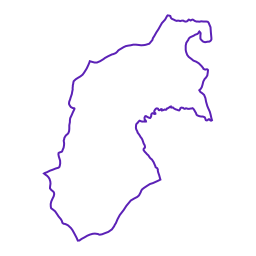 La Victoria, Boyacá, Colombia (orthographic projection)
{"feature_id": "7082276B50936254037238", "entity_name": "La Victoria", "entity_type": "district", "adm_level": 2, "iso_a3": "COL", "parent_name": "Colombia", "parent_adm1": "Boyacá", "projection": "orthographic", "projection_center": [-74.222, 5.516], "detail": "fine", "context": "isolated", "style": "outline", "palette": "violet", "viewbox_px": 256, "rotation_deg": 0, "n_neighbors": 0, "source": "geoboundaries", "source_scale": "gbopen_adm2", "svg_char_len": 5140}
<svg xmlns="http://www.w3.org/2000/svg" viewBox="0 0 256 256"><path d="M160.4,179.6L159.9,177.9L159.2,175.3L158.2,172.4L157.8,170.7L157.8,169.4L157.2,168.2L156.3,167.7L155.5,167.0L155.3,166.0L154.6,164.5L153.7,162.3L152.8,160.9L151.9,159.5L150.4,158.3L149.6,157.3L148.3,155.3L147.1,154.3L145.8,152.8L144.7,151.7L143.6,150.1L143.6,149.1L144.0,148.4L144.8,147.8L145.0,147.2L144.9,146.1L144.5,144.9L143.7,143.6L143.1,141.8L142.4,139.8L141.7,138.4L140.7,137.2L140.0,136.0L139.4,135.0L139.0,134.4L138.0,133.1L137.6,132.6L137.4,131.6L136.9,130.6L136.3,129.5L135.9,127.8L136.0,126.2L136.1,124.9L136.6,123.7L137.6,122.9L138.4,121.8L139.5,120.7L140.3,120.9L141.3,121.4L142.6,121.6L143.4,121.5L145.1,121.6L146.0,121.5L145.9,120.9L145.2,120.0L144.7,119.6L144.6,119.0L144.5,117.8L144.8,117.0L145.4,116.1L146.0,116.1L146.6,116.5L147.6,117.1L149.2,117.8L150.1,118.0L150.6,117.5L151.2,116.1L151.3,114.4L151.8,113.6L152.5,113.2L153.1,113.4L153.8,113.7L154.8,114.0L155.4,113.8L155.4,113.3L154.8,112.7L154.3,111.8L154.2,111.2L154.9,109.9L155.8,108.8L156.5,108.4L157.6,108.5L158.0,108.7L158.3,109.3L158.8,110.1L159.6,110.2L160.2,109.9L161.1,109.1L161.6,109.2L161.5,109.8L161.9,110.5L162.5,110.3L163.7,110.0L164.7,109.5L165.9,109.8L166.5,109.4L166.8,108.6L167.7,108.3L168.6,107.8L169.6,107.1L170.4,106.6L170.9,106.5L171.0,107.0L171.1,107.5L171.4,107.6L172.5,107.4L173.0,107.5L173.4,108.0L174.4,108.7L175.8,109.4L177.2,109.8L178.4,110.3L179.2,110.4L180.0,109.4L180.4,108.2L181.3,107.6L181.8,107.7L182.4,107.8L182.9,107.8L183.4,108.1L183.7,108.4L184.4,108.8L185.0,108.8L185.9,108.3L186.6,108.4L187.7,108.8L189.0,108.9L190.2,108.6L191.5,108.5L192.6,108.2L193.5,109.0L194.4,110.3L195.1,111.6L196.0,113.1L196.5,114.6L197.2,115.3L197.9,115.6L198.8,116.0L199.9,116.3L201.0,116.5L202.7,116.5L204.1,117.0L204.8,117.4L205.2,118.3L205.6,119.6L205.8,120.1L206.4,120.4L207.3,120.3L207.9,119.9L208.5,119.3L209.1,119.2L209.5,119.4L210.1,120.2L210.8,120.6L211.4,120.6L212.0,120.2L211.4,118.2L210.6,114.6L209.8,111.7L208.3,108.4L207.3,106.0L206.1,101.8L205.4,98.1L204.1,94.9L202.2,93.2L200.4,92.0L199.3,90.2L200.6,89.0L201.7,87.3L202.5,84.8L203.3,81.5L204.7,78.9L206.0,77.6L207.3,75.5L207.8,72.2L208.0,70.1L207.4,69.4L206.6,69.3L205.2,69.6L203.5,68.9L203.1,68.0L201.5,66.0L200.4,64.9L198.8,63.3L196.2,61.7L193.4,60.6L191.5,59.0L188.7,56.9L187.2,54.9L186.1,51.9L185.7,49.9L185.7,45.6L186.3,42.8L187.6,40.8L188.1,40.2L188.6,39.0L189.4,37.9L190.2,37.3L191.0,36.9L192.1,36.4L193.5,35.8L194.3,35.3L195.0,34.8L195.5,34.6L197.3,34.0L198.3,33.2L198.9,32.0L199.3,31.5L200.0,32.2L200.6,33.1L200.6,33.8L200.4,35.6L200.4,37.2L200.4,38.7L201.2,39.8L202.8,41.4L203.9,41.9L205.1,42.2L206.1,42.0L207.6,41.7L209.4,41.6L210.3,41.0L210.9,40.4L211.4,39.4L211.4,38.0L210.9,32.7L210.5,27.2L208.6,22.7L207.8,21.8L206.3,21.5L204.0,21.5L203.2,21.5L202.0,21.4L201.1,21.3L200.4,21.5L199.5,21.7L198.6,21.6L197.5,21.5L196.8,21.6L196.0,21.4L194.7,20.9L193.6,20.1L192.7,19.6L192.2,19.7L191.4,20.0L190.7,20.5L190.3,20.4L189.6,19.9L188.8,19.6L188.2,20.1L187.5,21.0L186.7,21.4L185.6,21.6L184.3,21.3L183.5,20.7L182.1,20.6L181.2,20.8L180.2,21.1L179.3,20.8L178.0,20.6L176.7,20.9L175.2,20.4L174.1,19.8L173.0,19.3L171.8,18.8L170.9,17.8L170.3,16.0L169.2,15.6L167.6,15.4L166.9,16.3L166.1,17.8L165.1,19.6L161.9,23.1L158.4,29.3L156.4,32.3L154.2,36.2L152.9,38.2L152.4,40.0L149.3,43.7L145.7,44.8L143.9,45.1L141.2,45.3L139.0,45.0L136.2,44.7L133.1,44.7L130.6,45.3L128.4,45.6L125.9,46.1L123.7,47.1L121.2,48.6L119.0,49.9L118.0,50.7L117.4,51.6L115.7,53.1L113.3,54.1L112.0,54.4L110.5,55.1L108.0,56.3L104.9,58.0L103.5,59.1L100.1,61.2L97.0,62.5L94.5,62.5L92.2,61.9L89.8,61.2L89.4,62.5L88.3,65.1L86.7,68.5L85.7,70.1L84.2,72.5L82.6,74.7L80.4,76.4L77.7,78.0L75.7,79.3L73.7,81.2L73.4,82.3L73.2,83.8L72.8,85.5L72.8,86.6L72.6,88.0L72.7,89.4L72.2,91.8L71.8,94.1L70.6,97.6L70.0,99.7L69.3,101.4L69.1,102.5L69.0,103.9L69.7,105.4L70.8,107.0L72.6,108.0L74.3,108.3L74.5,108.8L73.8,110.4L73.0,112.0L71.8,114.8L70.2,118.2L69.9,120.4L69.9,122.1L69.3,125.2L69.3,128.9L69.1,131.0L68.5,132.8L67.8,133.8L65.8,135.5L64.4,137.8L64.1,139.4L63.7,140.7L64.1,143.1L64.1,144.0L64.0,145.4L63.6,147.7L62.7,149.8L62.1,151.4L61.6,151.8L60.0,152.3L59.2,152.6L58.6,153.0L58.4,154.2L58.8,156.5L60.1,160.6L60.2,163.4L59.8,165.6L59.4,166.9L58.5,167.7L55.7,168.5L52.5,169.8L49.9,170.7L47.0,172.2L44.8,173.0L44.0,173.5L45.1,174.4L47.2,175.9L48.5,177.3L49.5,178.9L50.3,181.5L50.5,183.7L50.2,185.6L50.0,187.4L50.0,188.4L51.2,189.9L52.2,190.7L53.5,191.8L54.0,192.8L54.2,194.1L53.7,196.3L52.5,198.7L51.3,201.4L50.7,204.0L50.8,206.8L51.2,208.3L53.0,209.6L55.1,211.3L57.1,214.2L58.6,216.5L60.8,219.1L61.8,220.8L62.4,222.8L63.5,223.7L65.2,224.0L66.6,224.6L68.1,225.4L70.9,228.0L72.4,230.0L74.4,233.6L76.6,237.8L77.8,240.6L79.4,240.5L81.6,238.9L84.6,237.3L87.3,235.7L89.9,234.6L92.7,233.8L94.9,233.6L97.9,234.0L98.9,234.5L99.7,234.7L102.0,234.3L104.3,233.4L108.3,231.9L111.9,229.4L114.1,226.3L114.8,224.8L115.9,223.1L117.5,219.3L119.8,215.0L123.6,210.1L126.4,205.8L130.8,200.5L134.2,198.5L137.3,196.9L139.0,195.4L140.6,192.4L141.3,190.6L142.1,189.4L144.0,187.9L147.0,185.9L150.0,184.0L152.9,183.1L158.2,180.7L160.4,179.6Z" fill="none" stroke="#5b21b6" stroke-width="2"/></svg>